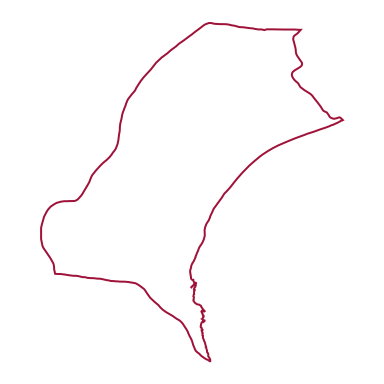 Al Ghaydhah, Al Mahrah, Yemen (orthographic projection)
{"feature_id": "15242507B66245697923351", "entity_name": "Al Ghaydhah", "entity_type": "district", "adm_level": 2, "iso_a3": "YEM", "parent_name": "Yemen", "parent_adm1": "Al Mahrah", "projection": "orthographic", "projection_center": [52.126, 16.264], "detail": "fine", "context": "isolated", "style": "outline", "palette": "rose", "viewbox_px": 384, "rotation_deg": 0, "n_neighbors": 0, "source": "geoboundaries", "source_scale": "gbopen_adm2", "svg_char_len": 5967}
<svg xmlns="http://www.w3.org/2000/svg" viewBox="0 0 384 384"><path d="M127.5,100.2L126.7,102.1L126.0,103.9L125.6,105.4L124.2,108.8L123.6,110.6L123.1,111.7L122.3,114.3L121.3,119.6L120.4,123.1L120.0,125.6L119.8,128.3L119.8,130.1L119.4,132.8L119.0,134.7L118.4,140.0L117.7,143.4L117.1,145.3L115.9,148.4L115.5,149.1L114.6,150.5L112.9,152.6L111.4,154.9L109.6,157.1L106.5,160.1L103.3,162.7L100.0,166.0L96.0,170.4L92.1,175.3L91.0,177.6L89.2,182.3L86.1,187.7L84.3,190.6L82.6,193.6L81.2,195.6L78.9,198.2L77.6,199.5L76.0,200.5L74.5,201.0L68.6,201.1L67.8,201.2L64.3,201.2L60.8,201.7L58.4,202.4L56.8,202.8L54.4,204.1L50.8,206.5L48.1,209.5L46.5,212.0L44.0,216.9L41.7,225.1L41.1,227.9L41.1,239.0L42.1,244.1L42.5,245.9L43.2,247.5L43.6,248.2L50.1,257.7L51.9,260.8L52.7,262.3L53.2,263.2L53.5,263.9L53.9,265.6L54.1,267.4L54.2,270.0L54.7,271.5L55.0,273.7L56.1,273.9L61.5,274.1L66.6,274.8L67.3,275.0L71.9,275.6L73.6,275.8L76.3,275.8L79.7,276.4L82.3,277.1L84.0,277.1L85.6,277.3L87.2,277.8L90.5,278.1L94.0,278.2L96.7,278.6L99.5,278.7L101.3,278.9L106.5,280.1L109.2,280.5L110.8,281.0L114.1,281.1L115.1,281.3L117.9,281.4L119.5,281.6L124.8,281.7L128.2,282.0L134.9,283.1L136.5,283.7L139.7,285.7L143.9,288.9L145.0,290.2L147.3,293.7L150.1,297.7L154.9,302.2L158.2,304.9L160.5,307.6L163.1,310.0L165.9,312.0L172.6,315.9L176.5,318.7L179.5,320.4L181.5,322.2L182.6,323.5L183.5,324.8L186.4,329.3L188.0,332.1L188.1,332.8L189.7,336.3L191.3,339.2L192.2,341.5L193.1,344.7L195.1,349.6L195.9,351.0L197.2,352.2L199.2,353.7L200.9,355.5L202.7,357.0L203.4,357.3L204.1,357.9L206.3,359.3L207.8,359.8L209.5,361.0L209.7,360.7L210.2,360.9L210.2,359.4L209.2,357.6L208.3,356.4L208.2,355.8L208.3,354.6L208.1,353.6L207.9,353.1L207.4,352.8L207.0,351.8L207.1,351.1L206.9,350.3L206.4,348.7L206.1,347.1L205.7,346.9L205.9,346.3L205.3,344.3L205.1,343.2L204.7,342.0L204.1,341.1L204.1,340.5L202.9,337.8L203.0,335.8L202.6,335.6L202.4,335.1L202.7,333.5L202.7,333.1L202.3,333.0L202.2,331.8L201.6,330.7L201.6,330.3L202.4,330.1L202.5,330.0L202.0,329.7L201.8,329.2L201.9,328.8L201.7,328.1L201.5,327.7L201.2,327.7L200.9,327.4L200.7,326.9L200.7,326.1L201.0,325.1L201.0,324.4L201.5,322.8L202.1,322.1L202.7,322.1L202.5,321.8L202.7,321.4L203.2,321.5L203.3,321.3L204.1,321.3L204.6,320.9L204.6,320.5L203.9,320.3L203.6,320.5L203.1,320.5L202.9,320.2L202.7,319.5L202.3,319.2L202.7,319.1L202.5,318.7L202.9,317.5L203.3,317.4L203.4,317.1L203.7,316.4L203.7,316.0L203.6,315.8L203.0,315.7L202.9,315.6L202.9,314.8L202.8,314.4L202.5,314.1L202.4,313.4L202.1,313.2L202.0,312.9L202.2,312.6L201.8,312.5L201.4,311.5L201.7,311.0L202.0,310.7L202.4,310.5L202.7,310.7L203.1,310.4L203.3,310.6L202.9,311.1L203.0,311.1L203.3,310.8L203.8,311.0L204.0,310.9L204.5,311.3L204.6,311.2L204.2,310.9L204.0,310.4L203.7,310.4L203.3,309.8L202.8,309.5L202.6,308.5L202.0,307.9L201.9,307.6L201.2,306.7L201.0,305.8L199.0,304.6L197.8,304.5L196.9,304.2L194.9,302.8L194.1,301.7L193.5,300.9L193.4,300.5L193.6,300.1L193.5,299.6L193.7,299.4L193.7,298.3L193.9,297.8L193.9,297.3L193.8,296.8L193.4,296.5L193.5,295.8L193.7,294.6L194.1,294.3L194.1,293.9L194.0,293.6L194.1,293.1L194.0,292.3L194.0,291.9L194.3,291.3L194.4,290.6L194.1,290.5L194.0,290.2L194.7,290.0L194.7,289.7L194.2,289.3L194.1,288.8L194.4,288.7L194.3,288.1L194.5,287.6L194.9,287.1L195.3,286.9L195.4,286.7L195.4,285.8L195.8,285.4L195.7,284.9L195.8,284.5L195.6,284.2L195.8,283.8L195.7,283.6L195.4,283.6L194.2,283.9L193.7,285.1L192.0,286.7L191.8,286.7L191.4,287.3L191.3,287.2L191.8,286.6L193.6,285.0L194.1,283.7L194.9,283.4L196.0,283.3L196.1,283.1L195.9,282.8L194.4,282.5L194.2,282.3L193.4,281.1L193.4,280.1L193.3,279.8L192.5,279.9L191.6,279.4L191.2,278.8L191.0,278.2L191.0,277.1L190.9,276.9L190.9,276.5L190.6,275.7L190.7,275.4L190.6,274.3L190.3,273.9L190.4,273.0L190.1,272.2L190.1,271.3L190.3,270.6L190.3,269.8L191.1,267.6L191.1,266.4L191.9,264.2L192.4,263.4L192.5,263.0L192.7,262.9L193.9,260.9L194.0,260.5L194.4,259.8L195.5,257.3L195.4,257.0L195.7,256.4L195.8,255.8L196.1,255.4L196.9,253.2L198.3,250.2L198.4,249.6L199.3,247.3L200.4,245.8L200.5,245.3L201.0,244.9L202.4,242.6L203.0,241.4L203.2,240.7L203.8,239.5L204.1,238.3L204.4,237.2L204.8,235.4L204.6,230.6L204.7,229.3L204.8,228.9L205.1,227.4L206.2,224.4L207.0,222.9L208.6,220.6L210.0,217.4L210.2,216.3L212.4,211.8L212.9,210.4L213.3,209.7L213.7,208.7L215.6,206.2L218.4,202.3L219.4,201.0L220.0,200.1L221.6,198.0L224.4,193.5L225.7,192.3L227.8,190.1L230.2,187.4L233.3,183.4L237.1,178.7L242.2,172.9L249.3,165.6L254.9,160.7L259.7,156.7L262.6,154.5L268.3,150.8L273.5,147.8L278.5,145.3L286.6,141.8L295.4,138.2L303.7,135.2L307.5,133.7L313.0,132.0L319.6,129.6L326.5,127.3L329.9,126.0L330.8,125.5L331.8,125.1L333.3,124.7L336.2,123.3L336.4,123.3L340.1,121.4L340.8,120.8L341.9,120.4L342.1,120.5L342.9,120.1L340.5,117.8L339.6,117.4L338.8,117.5L336.4,118.3L334.0,118.8L332.4,118.4L330.9,117.8L330.2,117.3L329.5,116.6L328.7,115.1L327.0,112.7L326.4,112.2L324.9,111.6L323.4,110.8L322.3,109.3L320.9,106.9L317.7,102.6L313.9,97.9L312.4,95.8L311.2,94.6L309.8,93.5L304.5,90.2L300.4,87.1L298.1,83.3L297.5,82.7L295.7,81.2L294.5,80.0L293.9,79.3L292.5,77.1L291.9,75.6L291.9,74.5L292.2,72.9L292.8,71.9L294.8,70.3L300.0,67.1L301.3,66.0L301.8,65.2L302.1,64.2L302.0,63.2L301.7,62.4L299.0,58.5L297.1,55.7L296.3,54.0L295.9,52.4L295.7,49.6L295.4,47.8L293.8,41.5L293.3,39.9L293.2,39.1L293.5,37.1L293.8,36.3L295.0,35.2L297.2,33.6L299.2,31.6L300.7,29.8L298.2,29.8L297.3,29.7L294.4,29.5L288.0,29.5L282.2,29.5L271.2,29.3L270.2,29.3L266.7,29.3L265.3,29.8L264.3,30.1L263.4,29.9L262.6,29.6L260.8,29.4L259.0,29.5L255.3,29.0L252.8,28.4L250.1,28.2L243.4,27.3L239.8,27.1L238.6,26.9L234.9,25.8L231.6,25.3L228.9,24.6L226.0,24.2L219.7,24.1L214.4,23.8L211.9,23.2L210.9,23.0L209.0,23.0L206.7,23.8L205.0,24.5L203.6,25.4L198.8,29.1L194.6,32.2L191.9,34.4L189.5,36.1L183.8,40.4L179.1,43.6L175.9,46.5L171.1,50.0L167.1,53.5L161.8,57.4L157.1,61.8L156.3,62.5L150.9,69.4L143.9,77.0L140.5,81.3L140.1,82.1L139.6,82.7L136.3,87.9L135.2,90.2L134.1,91.7L131.9,94.2L128.6,98.4L127.5,100.2Z" fill="none" stroke="#9f1239" stroke-width="2"/></svg>